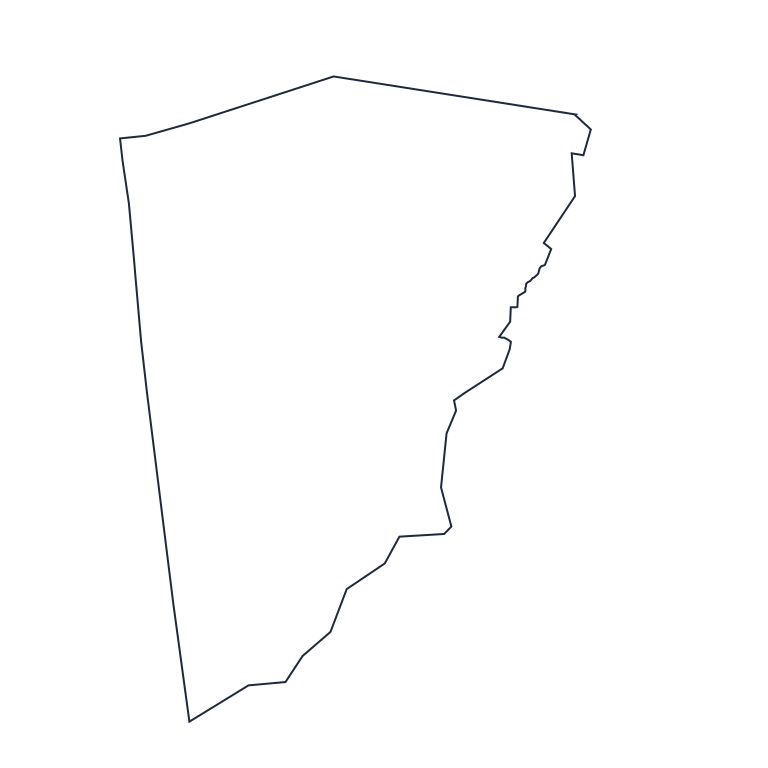 outline of Rowan, North Carolina, United States of America, rotated 83°
{"feature_id": "52423323B48930759923162", "entity_name": "Rowan", "entity_type": "district", "adm_level": 2, "iso_a3": "USA", "parent_name": "United States of America", "parent_adm1": "North Carolina", "projection": "natural_earth1", "projection_center": [-80.524, 35.683], "detail": "fine", "context": "isolated", "style": "outline", "palette": "slate", "viewbox_px": 768, "rotation_deg": 83, "n_neighbors": 0, "source": "geoboundaries", "source_scale": "gbopen_adm2", "svg_char_len": 1028}
<svg xmlns="http://www.w3.org/2000/svg" viewBox="0 0 768 768"><g transform="rotate(83 384 384)"><path d="M695.4,618.3L666.6,555.2L667.8,518.1L644.0,497.9L623.5,467.3L583.0,446.0L562.2,405.1L537.4,387.3L540.2,342.5L539.8,342.1L533.7,334.5L493.6,340.0L440.6,327.9L419.2,315.7L408.8,316.5L402.9,305.4L382.9,264.3L364.8,255.0L357.6,252.9L355.3,255.3L352.7,259.0L352.2,262.1L351.3,263.9L337.5,251.2L323.3,248.8L324.0,242.7L323.7,242.2L313.4,240.4L312.4,239.0L311.6,236.8L310.7,235.2L310.0,233.2L309.7,232.8L309.0,232.4L307.7,232.1L306.2,232.1L304.6,231.3L302.7,230.9L301.7,230.5L300.7,229.2L299.4,226.1L297.0,223.6L296.5,221.9L293.6,217.8L292.9,217.3L288.0,215.4L286.2,213.3L285.7,210.3L285.0,209.5L270.4,201.6L263.5,208.2L220.8,171.5L177.9,169.6L181.2,158.2L156.6,147.7L139.8,161.9L139.7,161.5L137.4,169.5L128.0,202.5L72.6,396.6L101.6,545.7L108.6,590.4L108.1,616.1L111.6,616.1L130.1,616.3L173.7,615.2L234.0,617.1L243.8,617.5L312.3,619.9L362.6,620.3L576.0,619.9L695.4,618.3Z" fill="none" stroke="#1e293b" stroke-width="2"/></g></svg>